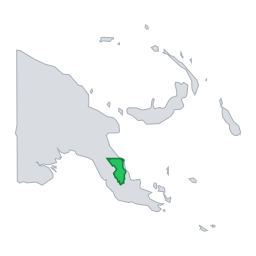 Sohe District, Northern, Papua New Guinea (highlighted)
{"feature_id": "67681753B17052128293430", "entity_name": "Sohe District", "entity_type": "district", "adm_level": 2, "iso_a3": "PNG", "parent_name": "Papua New Guinea", "parent_adm1": "Northern", "projection": "equal_earth", "projection_center": [147.829, -8.649], "detail": "fine", "context": "in_parent", "style": "filled", "palette": "green", "viewbox_px": 256, "rotation_deg": 0, "n_neighbors": 0, "source": "geoboundaries", "source_scale": "gbopen_adm2", "svg_char_len": 5822}
<svg xmlns="http://www.w3.org/2000/svg" viewBox="0 0 256 256"><path d="M17.3,181.0L17.1,136.6L15.4,133.3L17.0,125.3L16.7,50.1L19.9,50.5L35.3,59.7L45.7,64.4L54.7,66.7L63.0,74.2L69.2,74.6L78.3,85.2L82.0,85.9L88.5,94.7L88.9,101.8L88.2,106.4L98.0,110.7L107.5,116.8L112.6,117.4L115.4,119.5L118.9,124.7L119.6,131.7L117.5,132.9L108.7,132.9L106.3,135.2L109.8,146.1L117.8,156.1L123.8,160.6L125.6,169.7L128.6,172.5L130.6,179.7L133.7,180.4L139.7,179.3L140.7,182.2L139.8,186.8L140.7,188.6L151.8,192.4L148.1,194.8L149.7,198.9L157.0,202.4L161.5,203.8L164.2,203.4L161.0,205.4L158.2,204.8L157.7,205.4L158.8,207.2L161.2,209.0L158.7,211.4L156.3,211.7L151.8,210.2L147.9,205.7L135.8,203.8L131.6,201.8L128.3,202.5L118.4,200.1L115.2,196.9L113.1,192.1L107.2,186.4L105.9,183.6L106.4,179.8L104.8,180.4L101.5,177.6L92.6,160.1L88.0,157.6L76.8,154.6L75.1,151.2L69.8,149.9L68.7,152.1L64.4,153.7L60.7,152.0L57.1,147.7L61.4,157.5L59.9,157.4L60.6,158.9L59.8,159.2L55.1,158.6L56.5,162.6L48.8,164.8L43.0,164.0L40.3,165.0L39.2,164.9L37.7,161.9L35.6,162.5L37.3,162.5L39.6,166.0L44.4,165.5L49.1,168.1L53.0,173.9L52.9,177.8L42.2,185.2L36.0,182.0L27.0,182.9L23.7,181.6L19.7,183.1L17.3,181.0ZM179.0,82.5L181.2,84.5L183.5,82.4L187.8,85.0L186.9,94.7L185.5,97.3L181.9,98.3L181.4,99.8L183.8,105.4L182.8,107.5L179.6,109.6L174.4,109.4L173.0,113.3L170.1,116.8L158.8,123.7L146.6,124.2L142.5,120.0L138.3,120.7L132.6,115.7L127.9,113.7L126.9,111.7L127.0,109.2L128.3,107.8L136.8,108.0L142.2,110.0L149.2,108.8L151.2,107.3L151.9,101.1L153.1,98.5L154.3,99.7L152.8,104.5L154.5,108.8L159.5,107.5L162.7,108.5L165.2,107.3L168.8,100.5L171.6,97.5L176.8,95.9L176.7,91.0L174.9,84.1L175.6,82.2L179.0,82.5ZM240.6,132.2L240.0,134.4L239.7,133.7L237.1,135.7L234.1,135.1L231.5,132.9L229.5,129.0L229.4,124.6L226.5,122.6L222.8,117.0L222.1,113.3L222.4,107.2L227.9,110.7L233.4,121.3L238.7,126.0L240.6,132.2ZM198.6,85.2L195.0,94.9L192.7,90.9L191.9,88.2L191.7,80.8L185.9,69.7L179.9,66.0L167.8,54.5L163.0,52.7L164.2,52.2L164.2,49.4L170.2,55.4L173.9,56.8L178.8,61.5L182.2,63.0L196.9,80.3L198.6,85.2ZM101.8,37.3L113.3,37.7L113.5,39.0L112.0,39.1L110.0,41.5L103.1,40.8L100.1,42.0L99.9,40.4L101.0,39.9L100.9,38.1L101.8,37.3ZM159.5,185.6L161.6,187.2L163.4,187.0L164.7,188.9L164.9,192.0L164.2,192.7L163.7,191.7L158.1,191.1L159.2,189.4L158.1,185.8L159.5,185.6ZM158.4,51.2L154.3,51.1L151.2,47.4L155.2,45.6L158.2,47.3L158.4,51.2ZM167.7,199.1L170.3,197.1L170.9,197.8L169.9,202.5L165.8,200.5L163.2,192.8L167.7,199.1ZM189.1,178.8L193.5,178.0L195.6,180.0L196.2,180.8L195.8,182.8L192.1,182.0L189.1,178.8ZM199.1,225.1L207.3,230.4L204.2,231.2L201.6,229.8L201.3,228.5L200.3,229.0L200.8,228.1L199.1,225.1ZM122.3,114.9L118.6,110.9L118.8,108.2L122.7,110.6L122.3,114.9ZM156.8,188.5L155.7,188.7L153.3,185.9L154.7,182.8L156.4,183.9L156.8,188.5ZM221.2,107.0L219.6,100.5L221.0,98.5L222.4,102.7L221.2,107.0ZM109.6,107.0L107.0,104.4L108.9,102.1L110.0,103.3L109.6,107.0ZM148.3,28.8L146.9,29.3L145.0,27.2L145.6,24.8L147.7,26.3L148.3,28.8ZM92.8,91.0L91.3,93.3L90.2,91.6L91.9,89.0L92.8,91.0ZM168.3,167.0L168.4,174.7L167.2,173.2L167.8,170.0L166.6,169.1L168.3,167.0ZM54.0,169.0L56.5,172.2L50.5,167.1L54.0,169.0ZM56.1,168.2L52.9,166.9L52.2,165.9L56.1,166.4L56.1,168.2ZM215.0,225.9L214.8,227.0L212.6,227.1L211.2,225.6L212.6,225.9L212.4,224.9L215.0,225.9ZM191.3,58.8L191.4,62.4L189.9,59.9L191.3,58.8ZM183.2,56.9L182.6,57.9L181.1,55.4L181.4,54.9L183.2,56.9ZM164.9,210.0L164.7,211.5L163.2,210.7L163.4,209.7L164.9,210.0ZM181.9,54.1L180.7,54.6L180.9,52.1L181.9,54.1ZM119.4,42.8L119.6,44.6L117.9,44.2L119.4,42.8ZM206.6,79.0L206.4,80.6L205.5,80.1L206.6,79.0Z" fill="#d9dde1" stroke="#a8b0b8" stroke-width="1"/><path d="M107.0,158.5L112.6,166.0L113.9,165.4L116.8,169.4L113.5,173.3L113.6,173.2L113.6,173.3L113.8,173.3L114.0,173.4L114.1,173.5L113.9,173.7L113.9,173.8L113.8,174.0L113.8,174.3L113.9,174.5L114.0,174.5L114.1,174.8L114.3,174.9L114.4,175.0L114.5,175.1L114.5,175.3L114.5,175.6L114.6,175.8L114.6,176.0L114.8,176.3L114.9,176.5L115.1,176.6L115.3,176.7L115.4,176.8L115.3,177.0L115.2,177.2L115.2,177.3L115.2,177.5L115.3,177.7L115.4,177.8L115.5,177.9L115.8,177.9L116.0,177.8L116.3,177.9L116.4,178.0L116.5,178.0L116.6,178.3L116.8,178.6L116.9,178.8L117.0,178.8L117.0,179.0L117.2,179.3L117.3,179.3L117.4,179.5L117.4,179.8L117.5,179.9L117.5,180.0L117.6,180.3L117.6,180.5L117.8,180.6L117.9,180.8L118.0,180.8L118.0,181.1L118.1,181.3L118.0,181.5L118.1,181.8L118.1,182.0L118.3,182.0L118.5,182.1L118.7,181.9L118.8,181.9L118.8,181.7L119.0,181.8L119.1,181.7L119.1,181.8L119.3,181.8L119.4,182.0L119.5,182.1L119.5,182.3L119.6,182.5L119.7,182.8L119.7,183.0L119.7,183.3L119.8,183.3L119.8,183.5L119.9,183.8L120.0,183.9L120.0,184.0L120.2,184.3L120.3,184.3L120.4,184.5L120.5,184.6L120.6,184.4L120.9,184.4L121.0,184.4L121.3,184.4L121.8,184.0L121.9,183.9L122.0,183.8L122.2,183.6L122.3,183.4L122.4,183.1L122.5,182.9L122.5,182.7L122.9,182.5L123.7,183.0L123.7,181.7L124.0,179.4L124.3,179.3L124.4,179.2L124.5,179.2L124.7,178.9L124.7,178.7L124.7,178.4L124.4,178.3L124.4,178.2L124.3,177.9L124.3,177.6L124.3,177.3L124.5,175.5L124.5,174.1L124.8,173.8L124.8,173.5L125.3,173.1L125.3,172.9L125.6,172.6L125.7,171.8L125.4,170.4L124.2,169.6L122.9,167.7L122.9,162.3L123.9,160.5L123.9,160.4L123.9,160.2L123.7,160.2L123.8,160.1L123.8,159.9L123.7,159.7L123.6,159.8L123.4,159.9L123.2,159.9L123.3,159.8L123.2,159.7L123.2,159.8L123.1,159.7L123.0,159.8L122.9,159.8L122.7,159.8L122.6,159.7L122.4,159.7L122.3,159.8L122.4,159.7L122.5,159.7L122.4,159.8L122.2,159.8L122.2,159.7L122.1,159.8L121.9,159.7L121.9,159.8L122.0,159.9L121.9,159.9L122.0,160.0L122.0,159.9L122.0,160.0L121.9,160.0L121.7,160.0L121.6,159.8L121.5,159.7L121.4,159.5L121.4,159.3L121.4,159.2L121.3,158.9L121.3,158.7L121.2,158.6L121.3,158.6L121.2,158.5L110.9,158.5L110.0,159.4L109.6,158.5L107.0,158.5ZM122.0,159.8L122.0,159.7L121.9,159.7L122.0,159.8L122.0,159.8Z" fill="#22c55e" stroke="#15803d" stroke-width="1.5"/></svg>